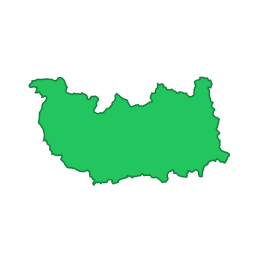 Domingos Martins, Espírito Santo, Brazil (Albers equal-area conic projection), rotated 189°
{"feature_id": "56859067B46738246556776", "entity_name": "Domingos Martins", "entity_type": "district", "adm_level": 2, "iso_a3": "BRA", "parent_name": "Brazil", "parent_adm1": "Espírito Santo", "projection": "albers", "projection_center": [-40.844, -20.318], "detail": "fine", "context": "isolated", "style": "filled", "palette": "green", "viewbox_px": 256, "rotation_deg": 189, "n_neighbors": 0, "source": "geoboundaries", "source_scale": "gbopen_adm2", "svg_char_len": 5814}
<svg xmlns="http://www.w3.org/2000/svg" viewBox="0 0 256 256"><g transform="rotate(189 128 128)"><path d="M23.7,116.3L23.8,117.9L24.7,118.5L26.0,119.2L27.7,119.3L28.7,119.4L29.6,119.8L30.8,120.0L32.5,120.5L34.7,123.1L34.8,124.4L34.5,125.7L35.1,127.3L35.0,128.4L35.1,129.7L36.2,130.5L37.1,131.3L38.0,132.4L38.5,133.7L38.5,134.8L37.4,135.7L36.7,137.2L37.5,138.0L39.5,139.6L40.7,141.0L40.0,142.3L40.0,143.5L39.6,146.6L39.6,148.0L39.5,149.5L39.2,151.0L40.4,151.3L41.5,152.2L42.9,152.2L43.9,152.4L44.6,153.3L45.6,153.7L46.1,155.0L46.5,156.8L46.1,157.9L45.2,159.1L45.7,160.4L47.4,161.1L48.8,162.1L48.8,163.3L48.8,164.5L48.0,166.3L49.9,167.0L50.9,168.2L51.0,169.4L52.7,172.3L53.0,174.0L53.0,175.5L53.6,176.8L53.6,177.9L54.4,178.9L55.3,180.0L54.5,181.0L53.6,180.8L52.5,180.7L52.5,182.6L51.9,184.1L52.4,185.1L53.1,186.3L54.0,188.1L55.5,187.4L57.5,189.6L58.7,189.3L60.0,189.2L61.2,189.5L62.4,189.6L63.8,189.5L64.9,189.2L64.5,187.6L65.8,186.6L67.5,185.9L68.7,185.0L69.5,183.9L69.0,182.3L67.9,180.7L67.6,179.6L68.2,178.7L68.5,177.6L68.6,176.2L68.5,174.8L68.2,173.2L68.0,171.0L68.9,170.1L70.1,168.9L72.0,168.3L75.1,170.0L75.5,171.4L77.0,171.2L78.4,171.0L80.0,171.6L81.7,171.7L83.4,171.4L84.4,170.0L85.4,170.1L86.4,171.3L87.7,171.7L89.2,171.8L90.0,172.9L91.5,172.9L92.9,172.1L94.4,171.9L95.4,172.0L96.3,173.0L97.0,174.0L98.5,174.0L99.6,174.6L99.5,176.0L100.9,176.7L101.9,176.8L102.6,175.9L104.1,175.7L105.7,176.3L105.3,175.0L105.3,173.7L105.1,172.2L106.1,171.3L106.6,170.0L106.6,166.9L107.8,166.3L110.0,166.0L110.0,164.7L110.5,163.5L110.7,162.1L110.2,160.6L109.0,159.3L108.2,158.0L109.1,157.0L110.2,157.1L111.4,156.3L112.4,155.4L113.5,154.2L114.4,153.5L115.6,152.9L116.9,151.7L118.0,151.7L119.3,151.5L120.9,151.6L121.6,152.7L122.8,152.1L123.9,151.9L125.0,151.0L126.5,150.1L127.9,149.5L129.3,149.8L131.6,152.8L132.4,153.4L132.6,154.7L133.7,155.6L135.2,155.7L137.5,156.2L138.8,156.9L140.1,157.2L140.9,158.0L142.1,158.8L143.2,159.3L144.4,160.2L145.3,159.1L145.7,157.4L145.1,155.8L145.2,154.1L145.6,152.6L146.8,151.3L147.6,150.1L147.3,148.6L147.9,147.6L148.8,146.8L148.8,145.5L149.9,144.6L151.4,144.0L152.3,143.3L153.0,142.1L153.5,141.0L154.2,140.2L155.0,139.0L156.4,138.7L157.7,138.7L159.5,137.5L160.8,137.4L161.9,137.7L164.1,138.5L164.6,139.9L163.8,141.7L163.6,143.2L162.9,144.2L162.5,145.8L163.2,147.1L163.2,148.4L162.4,149.4L161.7,151.3L162.3,152.9L163.5,153.4L164.5,154.1L165.8,154.2L166.8,153.6L168.1,153.7L169.2,153.3L169.9,151.9L170.1,150.6L171.8,150.1L172.8,150.7L173.1,152.1L173.6,153.2L174.7,154.0L176.0,154.5L177.3,154.8L179.0,155.5L179.8,153.9L181.5,153.9L182.7,153.9L184.1,153.9L185.5,153.3L186.6,154.0L187.9,152.7L190.5,152.6L191.8,153.0L193.5,153.1L195.1,154.0L195.2,155.6L194.9,157.4L194.4,158.6L195.3,159.6L196.4,161.0L197.1,162.5L197.8,163.6L198.3,164.7L199.0,165.5L200.6,166.6L202.4,167.2L203.9,167.0L205.0,166.2L205.3,165.2L205.8,164.1L207.3,163.1L208.7,163.3L210.9,164.1L212.1,163.8L213.7,163.8L215.3,163.9L216.7,163.4L218.6,163.0L220.4,162.5L221.7,162.3L222.8,162.1L224.3,162.0L225.9,161.4L226.9,160.3L228.1,160.1L229.1,160.0L230.2,159.4L229.5,158.3L230.7,157.1L232.3,154.7L231.6,153.3L230.4,152.8L229.1,153.4L227.8,154.0L224.4,153.9L223.8,152.9L224.4,152.1L224.3,150.9L224.4,149.7L225.0,148.5L223.3,148.4L222.2,149.4L221.0,149.6L220.1,148.2L219.0,147.2L217.8,146.5L217.8,144.8L216.7,145.2L215.8,146.2L214.8,146.6L213.7,146.3L213.2,145.3L212.9,144.2L213.5,142.6L214.4,140.8L216.1,138.3L216.3,136.9L216.3,135.5L215.7,134.4L216.3,133.4L216.6,131.8L217.1,130.6L217.8,129.6L217.7,128.4L217.6,127.2L217.2,125.7L217.2,124.3L217.0,122.9L217.2,121.2L217.4,120.0L216.7,118.6L215.3,117.8L214.3,116.8L212.9,115.1L211.8,113.9L211.1,112.9L210.9,111.5L210.0,109.9L209.4,108.1L209.2,106.3L209.4,104.8L209.1,103.6L209.4,102.4L208.4,102.9L207.4,103.1L206.8,102.0L205.5,101.3L205.2,99.6L203.2,98.7L202.1,97.7L201.9,96.1L202.0,94.6L201.0,93.6L199.5,92.9L199.2,91.5L198.9,90.2L197.7,90.9L196.4,89.9L195.0,90.0L192.8,89.9L191.9,90.5L190.9,90.2L189.6,90.7L188.6,90.3L188.7,88.8L189.5,86.7L188.6,85.8L187.4,85.0L185.8,84.0L184.5,81.9L183.2,81.2L182.3,79.8L180.9,79.5L179.6,79.4L177.9,80.0L176.4,79.4L175.3,79.9L172.2,78.7L170.9,78.6L169.9,77.9L168.8,77.8L167.6,78.0L166.4,77.8L164.9,78.0L163.6,78.6L162.5,79.3L161.2,79.9L159.9,79.4L158.9,77.7L158.3,75.6L157.9,74.0L156.6,74.2L155.6,73.2L155.0,72.0L153.9,72.0L152.8,71.5L153.0,70.0L153.7,69.1L153.9,67.5L152.8,66.4L152.1,67.9L151.0,69.3L150.0,69.2L148.6,69.9L147.2,69.6L146.0,69.0L145.0,70.4L143.9,70.3L142.0,70.6L140.5,70.9L140.0,72.5L139.5,73.6L138.1,74.3L136.3,74.2L135.2,73.7L135.5,72.3L134.9,71.4L133.7,70.6L132.4,71.5L130.6,72.2L129.3,72.8L129.2,74.1L128.9,75.3L128.0,75.7L127.0,76.2L125.8,77.0L124.5,77.6L123.4,77.8L122.3,78.5L121.9,79.9L121.2,80.7L120.6,79.6L119.4,80.7L117.9,80.9L116.8,79.8L115.7,79.7L115.5,81.0L114.1,80.9L112.8,81.6L111.7,81.6L110.7,82.5L109.1,82.6L108.0,83.2L107.6,84.5L106.5,85.1L105.6,84.1L104.6,83.5L103.4,84.0L101.5,84.4L100.0,84.5L98.7,85.1L97.4,83.6L96.4,82.7L92.5,83.6L91.1,83.4L89.9,82.6L88.3,81.7L86.8,80.7L85.9,79.7L84.6,80.1L83.5,80.4L82.5,80.5L81.8,81.4L80.9,83.0L80.5,84.3L81.4,85.4L81.8,86.8L82.0,88.4L81.3,89.8L80.4,91.4L78.9,92.0L78.1,93.4L76.8,93.7L76.5,92.6L75.6,91.4L75.3,90.3L73.4,91.0L72.3,90.4L71.4,89.7L70.6,89.0L69.2,88.7L67.8,88.6L66.6,88.4L65.1,88.6L63.5,88.6L62.3,88.7L62.2,90.2L62.8,91.8L62.1,92.7L61.5,93.9L61.9,95.1L60.6,95.2L59.1,94.5L57.6,94.6L56.4,95.6L55.3,97.1L54.0,97.2L52.6,96.9L51.2,95.4L51.0,93.7L50.6,92.6L49.8,91.4L48.3,91.3L47.1,92.1L47.6,93.1L47.4,94.7L47.7,96.1L47.4,97.5L47.0,98.9L47.2,100.3L46.7,101.4L46.3,102.8L44.6,103.7L43.5,104.8L43.4,106.0L42.6,107.4L41.3,108.4L38.5,109.5L37.4,109.0L36.3,108.8L36.1,110.5L35.1,111.5L33.4,110.7L30.9,108.8L29.7,109.3L28.4,109.4L27.5,108.5L26.6,109.0L26.1,110.1L25.8,111.5L25.2,113.4L24.9,115.2L23.7,116.3Z" fill="#22c55e" stroke="#15803d" stroke-width="1.5"/></g></svg>